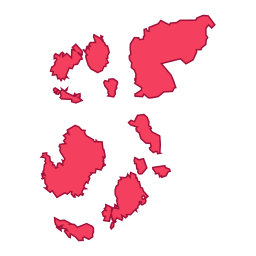 Finnøy nor, Rogaland, Norway (orthographic projection)
{"feature_id": "86288312B27050334738576", "entity_name": "Finnøy nor", "entity_type": "district", "adm_level": 2, "iso_a3": "NOR", "parent_name": "Norway", "parent_adm1": "Rogaland", "projection": "orthographic", "projection_center": [5.856, 59.199], "detail": "fine", "context": "isolated", "style": "filled", "palette": "rose", "viewbox_px": 256, "rotation_deg": 0, "n_neighbors": 0, "source": "geoboundaries", "source_scale": "gbopen_adm2", "svg_char_len": 5702}
<svg xmlns="http://www.w3.org/2000/svg" viewBox="0 0 256 256"><path d="M214.8,24.8L208.2,15.9L203.2,15.4L196.9,18.0L195.8,20.2L180.0,20.3L176.6,22.6L170.4,23.1L169.4,24.9L160.8,20.5L158.3,23.7L149.1,27.4L149.0,31.2L147.2,31.1L146.4,28.8L144.1,29.5L144.5,36.0L143.5,36.5L143.3,39.1L139.5,39.6L138.7,37.8L134.4,37.6L130.4,43.9L130.2,49.4L130.8,53.6L131.4,53.3L129.2,56.1L129.5,59.4L131.7,62.7L131.3,67.4L134.2,69.8L135.9,73.7L135.8,79.3L134.9,78.9L134.9,80.4L135.8,81.6L134.7,83.3L141.7,87.7L141.2,90.3L134.9,94.2L135.1,96.2L142.6,96.7L143.9,94.1L148.4,97.8L150.8,97.9L158.1,96.6L163.9,91.9L172.4,91.4L174.3,87.9L175.8,87.6L172.9,79.2L170.9,74.9L161.3,63.6L180.4,58.8L186.0,63.8L193.1,59.8L196.6,52.1L196.4,49.7L201.1,49.6L201.6,47.7L205.8,44.5L206.1,39.9L207.7,37.5L205.9,34.8L205.9,28.1L208.7,25.0L211.6,28.0L214.8,24.8ZM75.1,125.4L67.2,130.1L68.8,134.1L67.0,133.1L63.5,135.5L66.0,138.1L63.6,140.8L65.7,143.6L60.0,144.4L59.1,146.5L60.4,147.6L59.8,150.3L60.6,152.4L64.9,159.0L63.8,160.9L62.3,160.3L63.4,162.5L61.8,163.8L63.4,165.9L59.9,163.0L58.0,163.3L57.0,166.4L57.5,167.3L55.8,168.2L54.1,164.9L52.6,164.9L52.9,162.6L50.2,161.2L49.7,156.6L46.5,154.9L46.7,152.9L42.8,153.4L43.1,155.3L41.2,157.1L45.2,157.6L45.6,159.8L44.9,161.2L45.9,162.9L44.4,164.8L43.9,169.9L43.0,171.4L45.1,175.4L43.4,174.8L42.9,172.8L41.6,173.9L42.8,177.3L41.9,178.6L42.7,178.9L43.8,178.0L44.8,178.2L45.0,183.1L47.3,186.2L46.7,186.6L47.1,188.0L44.9,187.9L50.2,192.3L52.3,190.8L56.9,197.4L64.8,192.9L67.3,194.1L70.5,191.4L71.8,191.9L71.3,193.9L74.0,197.1L75.2,197.0L74.4,195.5L75.0,194.2L78.5,196.1L80.6,194.2L82.6,195.3L83.4,193.9L82.1,193.2L82.0,191.5L83.2,188.9L86.1,188.7L83.8,187.4L84.2,185.1L86.4,181.8L88.4,183.5L87.8,182.3L89.8,178.3L88.8,176.8L91.7,173.7L90.9,172.8L95.3,172.8L96.0,168.9L100.9,170.0L102.8,166.5L105.2,165.1L104.8,163.7L104.5,165.3L103.0,165.4L103.8,162.9L103.0,161.2L103.8,160.9L103.1,157.1L104.6,158.0L105.2,156.7L103.8,149.6L103.0,149.3L102.1,141.9L97.5,141.7L96.1,140.2L95.7,142.0L94.0,141.6L93.4,139.8L86.3,135.7L84.5,132.7L85.1,130.4L81.9,130.2L78.8,126.9L75.1,125.4ZM135.7,174.7L130.6,172.5L130.0,177.3L127.7,174.2L127.1,176.5L125.3,177.7L120.4,177.3L121.5,179.2L118.5,180.6L118.2,184.6L116.1,186.4L115.1,190.3L115.3,194.8L117.3,198.4L116.6,200.5L118.6,208.6L116.2,208.3L116.9,205.7L114.9,204.6L114.7,207.2L115.8,208.0L113.0,207.9L111.2,212.8L112.0,207.5L105.8,204.6L105.8,207.7L104.4,208.4L105.9,210.4L104.3,210.2L102.2,212.5L103.3,216.1L105.3,216.5L103.7,220.5L109.3,221.3L111.3,213.5L112.1,219.2L113.3,218.6L112.6,219.6L113.3,222.5L111.7,223.1L110.4,227.4L111.3,228.9L113.7,226.4L113.9,220.3L114.7,222.1L114.1,222.6L115.1,222.3L115.9,221.6L115.1,220.4L116.8,217.9L121.9,220.2L122.6,218.6L121.7,215.4L125.7,217.8L127.3,216.2L126.4,214.6L130.5,214.7L135.0,209.9L136.5,211.0L135.9,209.1L137.9,207.8L137.9,205.9L139.5,204.4L139.4,201.7L141.2,201.8L140.5,203.3L141.9,204.9L145.1,203.1L145.9,201.1L145.3,198.1L142.9,199.5L141.9,198.1L142.1,196.3L143.5,195.6L145.7,198.2L148.0,196.3L143.3,191.1L142.5,188.2L140.6,187.5L139.3,181.7L138.1,181.6L136.8,177.6L136.0,177.9L135.7,174.7ZM101.2,38.9L94.0,34.7L93.6,36.7L95.6,42.3L90.2,42.6L89.1,44.4L90.1,46.3L88.3,46.0L88.8,48.7L86.4,46.2L87.4,48.3L86.5,48.3L85.5,51.1L83.0,49.3L87.3,55.0L85.9,55.3L85.7,56.8L88.1,64.7L90.9,68.8L97.6,72.6L102.2,70.4L104.0,66.5L105.8,66.4L106.0,64.1L108.3,62.8L106.4,58.4L107.9,57.9L107.5,55.6L109.2,52.4L107.5,46.0L105.2,45.2L104.8,43.2L102.1,40.5L102.2,39.3L103.5,40.7L101.6,38.3L102.7,36.7L100.9,35.8L101.2,38.9ZM82.1,51.2L75.8,44.3L72.4,47.4L74.8,50.5L71.8,49.6L71.5,57.8L66.8,53.4L62.8,56.7L62.8,54.5L63.8,53.6L62.5,52.3L60.3,53.7L59.7,55.9L55.6,53.7L54.2,55.4L54.2,58.8L56.0,58.1L56.8,59.6L54.6,62.7L55.2,63.6L54.0,65.8L51.8,67.1L50.5,71.2L53.2,71.7L52.4,75.1L56.7,74.7L57.8,78.8L59.5,78.3L61.5,81.2L61.3,79.6L62.8,78.2L64.5,79.6L65.6,77.1L67.7,77.7L66.0,75.7L69.2,67.9L72.1,68.7L74.0,64.7L77.4,64.3L80.3,59.4L82.2,59.0L81.2,56.1L77.4,52.2L81.7,55.0L82.3,54.8L82.1,51.2ZM143.9,114.5L137.5,115.4L134.3,121.7L131.0,120.3L128.5,122.6L130.6,124.9L137.3,127.1L136.0,128.5L136.4,130.8L139.3,133.0L140.9,138.6L145.9,143.1L150.4,143.4L151.2,146.7L149.5,147.8L149.8,149.3L153.4,152.6L155.8,151.4L157.0,151.6L157.5,153.7L160.4,153.2L159.8,152.9L160.3,144.2L159.7,135.9L151.8,131.8L150.1,128.9L151.2,128.5L150.7,126.8L148.7,125.8L148.9,121.7L147.0,117.2L143.9,114.5ZM59.9,220.7L54.6,217.8L54.8,221.0L55.5,224.3L57.2,226.3L56.5,227.2L61.1,230.7L60.8,228.4L58.4,226.8L62.3,225.4L61.0,228.1L66.5,229.1L67.4,230.6L65.4,229.9L64.5,231.3L69.0,237.2L70.3,237.6L70.3,233.8L75.4,236.8L78.8,240.6L83.1,240.3L82.7,237.9L84.2,236.9L88.8,239.3L92.7,236.8L92.5,234.4L93.4,232.3L93.5,228.4L92.3,226.4L86.6,223.6L77.5,227.3L74.2,224.4L70.2,224.1L70.9,223.7L64.3,220.2L59.9,220.7ZM55.1,87.9L53.6,89.1L53.6,90.6L55.1,91.9L54.4,92.4L55.7,93.3L55.3,92.0L57.4,90.7L56.0,93.7L58.1,94.3L58.4,94.2L59.6,92.4L60.1,92.1L61.2,95.7L60.1,97.6L61.5,98.9L71.7,99.4L71.6,101.6L76.0,102.9L82.1,100.4L78.4,97.4L80.1,97.0L80.0,93.7L75.6,94.7L74.8,93.5L74.1,94.8L76.0,95.8L74.5,96.4L66.1,92.7L65.3,91.2L66.9,90.2L67.3,88.3L64.6,91.1L61.7,88.8L62.2,90.0L60.3,91.3L55.1,87.9ZM113.5,78.9L109.0,79.2L108.5,81.5L104.9,80.6L103.8,82.3L104.8,85.8L108.0,90.0L108.1,93.3L109.1,94.8L107.9,95.9L113.7,96.9L115.3,93.8L115.2,90.3L116.8,88.1L116.2,87.0L117.6,83.2L117.3,81.5L113.5,78.9ZM139.1,159.8L134.8,157.6L134.2,160.3L134.7,163.5L136.3,163.9L136.8,168.9L138.1,169.3L137.8,172.2L139.3,174.0L142.0,173.7L146.8,167.9L143.5,158.7L139.1,159.8ZM164.8,165.7L152.8,167.5L152.9,169.0L155.5,172.3L155.4,173.8L158.7,173.4L159.7,176.9L161.5,175.8L161.7,177.3L166.2,175.7L167.9,172.0L170.2,171.2L169.4,169.1L165.3,167.5L164.8,165.7Z" fill="#f43f5e" stroke="#9f1239" stroke-width="1.5"/></svg>